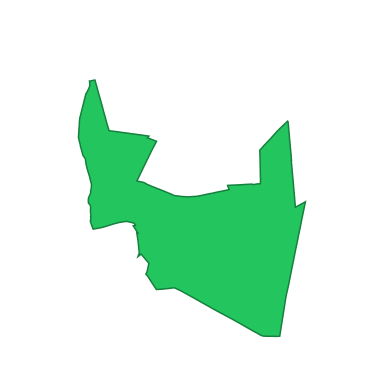 Santa Ana Nopalucan, Tlaxcala, Mexico, rotated 114°
{"feature_id": "50627088B6785133078565", "entity_name": "Santa Ana Nopalucan", "entity_type": "district", "adm_level": 2, "iso_a3": "MEX", "parent_name": "Mexico", "parent_adm1": "Tlaxcala", "projection": "orthographic", "projection_center": [-98.337, 19.293], "detail": "fine", "context": "isolated", "style": "filled", "palette": "green", "viewbox_px": 384, "rotation_deg": 114, "n_neighbors": 0, "source": "geoboundaries", "source_scale": "gbopen_adm2", "svg_char_len": 3764}
<svg xmlns="http://www.w3.org/2000/svg" viewBox="0 0 384 384"><g transform="rotate(114 192 192)"><path d="M129.2,326.2L130.0,327.5L132.0,330.1L132.4,330.8L132.8,330.4L133.9,329.9L136.2,328.7L137.9,328.5L139.4,328.4L141.7,328.5L144.9,328.7L145.2,328.7L145.4,328.9L170.5,324.5L174.0,323.3L174.5,323.0L175.0,322.9L175.5,322.7L176.0,322.5L176.5,322.3L176.9,322.1L177.5,321.9L178.1,321.7L178.5,321.6L179.1,321.4L179.6,321.2L188.4,317.9L190.8,316.1L191.8,315.3L194.4,313.2L195.4,312.7L203.0,306.4L205.0,303.0L209.0,300.5L212.9,297.7L215.8,295.2L219.4,292.0L222.6,289.6L225.5,287.2L227.1,286.4L228.6,285.9L230.3,285.4L231.5,285.2L233.0,284.8L233.9,284.3L234.8,284.2L235.9,284.1L236.7,284.2L238.6,284.2L239.8,284.1L241.3,283.5L242.6,283.0L243.6,282.4L244.3,282.0L244.8,280.9L245.1,280.0L246.2,279.0L247.3,278.4L249.1,277.7L250.5,277.1L251.9,276.4L253.4,275.6L254.3,274.9L255.1,274.6L255.9,274.6L256.5,274.2L257.9,273.4L259.1,273.3L260.0,273.0L261.0,272.2L262.5,270.8L263.8,269.6L264.9,268.4L266.1,267.2L261.5,260.4L259.2,257.6L253.3,250.9L249.3,245.9L247.7,243.4L245.8,240.5L245.4,239.6L245.0,237.7L244.0,232.1L244.2,231.9L245.5,230.1L246.7,232.0L246.8,231.9L251.3,225.1L251.5,224.8L251.7,225.9L252.0,225.7L259.1,221.1L259.3,221.0L269.9,215.0L270.5,215.3L273.0,215.1L269.4,213.2L270.2,211.6L270.3,211.5L270.3,211.4L271.7,208.5L274.7,202.5L274.8,202.3L276.8,202.0L278.8,201.5L282.2,200.8L283.6,200.7L284.8,200.7L285.6,200.8L286.2,200.3L286.3,199.5L286.3,199.2L286.9,198.3L287.0,198.1L288.5,195.9L293.9,187.5L295.6,184.9L292.5,179.0L286.7,169.2L286.8,162.8L287.8,150.5L290.4,123.0L292.1,100.0L294.3,78.2L294.3,77.5L294.9,70.7L294.8,68.9L293.8,66.0L290.8,59.2L289.4,55.7L288.3,53.6L288.2,53.4L288.1,53.2L248.9,63.7L238.4,65.8L216.2,70.8L215.6,70.9L208.6,72.5L202.0,74.0L195.4,75.4L191.9,76.2L189.6,76.7L189.0,76.9L179.6,78.9L178.7,79.1L176.1,79.7L172.3,80.6L169.3,81.2L167.2,81.7L161.1,83.0L158.9,83.5L155.8,84.2L154.8,84.4L158.5,87.2L163.9,91.4L163.7,91.5L160.5,93.2L152.7,97.5L149.3,99.4L147.3,100.5L145.7,101.4L142.3,103.2L140.9,104.0L136.0,106.8L126.1,112.3L123.2,114.0L122.9,113.8L118.3,116.4L117.9,116.5L117.6,116.7L117.2,116.9L112.3,119.7L109.0,121.5L104.8,123.9L102.1,125.4L101.6,125.6L101.2,125.8L97.4,128.0L91.9,131.0L88.8,132.8L88.4,133.5L90.8,134.5L93.2,135.5L99.4,138.0L100.1,138.2L101.8,138.9L111.7,142.1L120.9,145.4L123.3,146.1L123.6,146.1L125.8,147.0L126.2,147.1L129.2,145.6L135.8,142.5L148.4,136.6L152.3,134.7L153.9,134.0L154.7,133.7L156.7,132.9L156.8,133.1L158.0,135.6L159.6,137.9L160.1,138.9L160.4,139.4L160.4,139.6L160.4,139.9L160.4,140.5L164.6,148.7L165.5,150.3L170.9,161.1L171.5,162.2L171.9,161.9L172.0,161.8L174.7,159.0L180.7,167.3L181.0,167.8L183.2,170.8L184.3,172.2L185.4,173.8L186.7,175.7L187.3,176.5L188.0,177.5L188.5,178.2L189.3,179.2L190.4,180.8L191.4,182.1L192.2,183.3L193.0,184.4L193.8,185.6L194.3,186.5L194.9,187.6L195.5,188.7L196.0,189.8L196.5,190.7L197.0,191.6L197.5,192.5L198.0,193.5L198.3,194.3L198.5,194.7L198.7,195.5L199.1,196.5L199.5,197.5L200.2,199.4L200.5,200.4L200.8,201.3L201.1,202.3L201.4,203.3L201.7,204.3L202.0,205.2L202.3,206.1L202.4,207.2L202.4,208.2L202.4,209.3L202.4,210.3L202.4,211.3L202.5,212.4L202.5,212.9L202.5,213.5L202.5,214.6L202.6,215.7L202.6,216.8L202.6,218.0L202.6,219.1L202.7,219.6L202.7,220.1L202.7,221.3L202.8,222.9L202.9,224.5L203.0,226.0L203.0,227.0L203.0,227.3L203.1,228.8L203.1,230.1L203.2,231.5L203.2,232.2L203.2,232.9L203.2,234.3L203.3,235.9L203.1,237.3L202.9,239.0L203.0,240.7L204.4,246.8L190.9,246.4L170.8,245.7L160.1,245.0L160.6,254.1L160.7,254.7L158.5,254.1L159.7,258.5L160.4,260.9L162.6,268.5L163.0,269.6L164.5,275.1L166.2,280.7L167.2,284.4L168.4,288.2L169.7,292.7L163.9,297.7L158.8,301.8L153.8,306.0L151.1,308.1L141.1,316.4L129.2,326.2Z" fill="#22c55e" stroke="#15803d" stroke-width="1.5"/></g></svg>